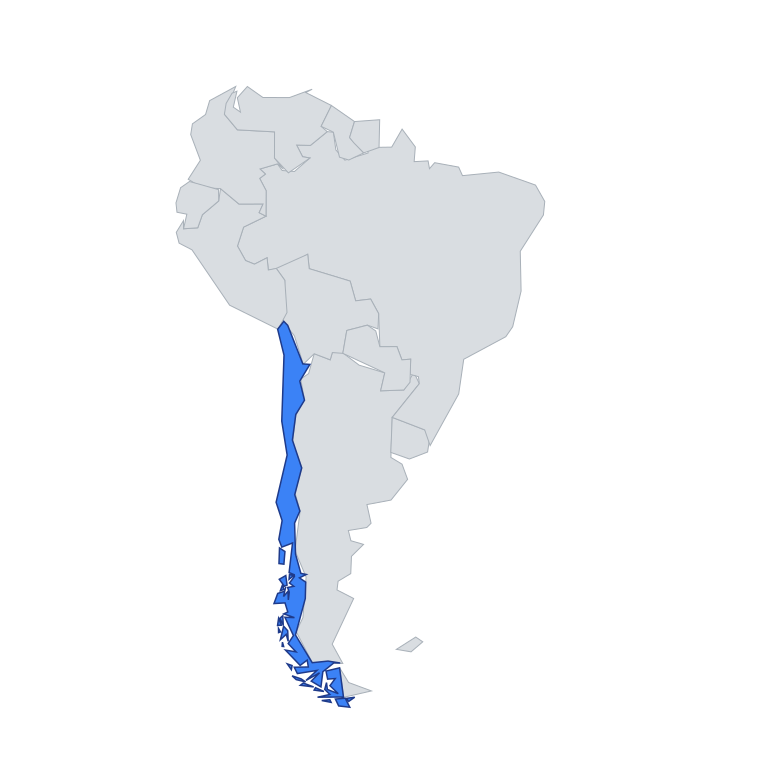 Chile highlighted on a map of South America, rotated 352°
{"feature_id": "CHL", "entity_name": "Chile", "entity_type": "country or territory", "adm_level": 0, "iso_a3": "CHL", "parent_name": "South America", "parent_adm1": "", "projection": "mercator", "projection_center": [-72.304, -36.699], "detail": "medium", "context": "in_parent", "style": "filled", "palette": "blue", "viewbox_px": 768, "rotation_deg": 352, "n_neighbors": 12, "source": "natural_earth", "source_scale": "50m", "svg_char_len": 5740}
<svg xmlns="http://www.w3.org/2000/svg" viewBox="0 0 768 768"><g transform="rotate(352 384 384)"><path d="M300.5,658.7L307.4,674.7L328.8,686.2L300.5,688.6L300.5,658.7ZM387.5,418.2L380.6,457.7L390.7,465.9L394.1,481.7L374.8,499.9L350.3,501.0L351.8,520.1L347.0,523.7L328.3,524.1L329.4,534.6L341.4,540.0L327.8,550.1L324.7,567.1L311.1,572.9L308.8,581.4L324.1,592.2L296.5,634.4L304.3,655.0L274.5,650.6L262.6,617.0L271.2,604.1L280.0,564.3L272.7,536.7L283.2,498.3L280.8,479.3L291.1,455.4L285.4,428.8L292.4,402.3L303.1,388.4L302.2,367.5L310.8,363.2L319.1,344.3L334.1,352.6L337.2,345.7L346.2,346.1L362.0,361.9L386.3,373.1L379.7,390.3L402.8,392.7L415.2,376.4L419.0,388.6L387.5,418.2Z" fill="#d9dde1" stroke="#a8b0b8" stroke-width="1"/><path d="M359.3,648.5L380.2,639.0L386.5,644.7L373.5,653.0L359.3,648.5Z" fill="#d9dde1" stroke="#a8b0b8" stroke-width="1"/><path d="M387.5,418.2L417.9,435.1L422.4,441.5L417.7,457.4L398.7,461.8L381.2,452.7L387.5,418.2Z" fill="#d9dde1" stroke="#a8b0b8" stroke-width="1"/><path d="M421.1,451.4L417.9,435.1L387.5,418.2L419.0,388.6L419.1,381.5L411.2,378.1L413.9,363.1L405.1,362.6L402.0,348.8L385.1,346.5L388.5,313.6L382.6,298.0L367.5,297.7L364.8,277.4L326.0,259.4L326.5,244.9L303.3,255.0L285.3,255.0L285.8,242.7L272.4,247.3L264.1,242.5L258.1,227.0L266.8,209.1L290.5,201.4L294.2,176.2L289.5,163.1L295.8,159.6L291.1,153.8L309.1,151.2L312.9,158.4L324.9,161.1L342.1,149.9L335.0,147.6L330.7,135.2L344.3,137.5L362.9,126.2L368.9,127.6L368.9,145.5L376.4,156.9L400.4,153.0L400.6,147.5L424.6,150.5L437.4,134.1L448.0,153.6L444.8,168.0L458.7,169.2L459.0,177.1L465.0,171.9L488.1,179.6L490.7,188.6L527.1,190.1L561.7,208.1L568.6,225.6L565.4,238.8L537.4,271.5L532.7,311.0L519.4,345.2L511.2,354.1L466.4,370.6L456.6,404.2L421.1,451.4Z" fill="#d9dde1" stroke="#a8b0b8" stroke-width="1"/><path d="M293.4,254.5L326.5,244.9L326.0,259.4L364.8,277.4L367.5,297.7L382.6,298.0L388.5,313.6L385.7,328.6L375.7,323.4L354.6,325.8L347.5,347.9L337.2,345.7L334.1,352.6L319.1,344.3L306.8,353.2L302.0,323.8L292.9,308.6L300.2,267.5L293.4,254.5Z" fill="#d9dde1" stroke="#a8b0b8" stroke-width="1"/><path d="M290.5,201.4L266.8,209.1L258.1,227.0L264.1,242.5L272.4,247.3L285.8,242.7L285.3,255.0L293.4,254.5L300.2,267.5L297.9,299.7L286.7,315.0L242.1,284.5L212.5,224.4L200.7,216.0L199.4,204.9L208.2,194.3L207.1,202.4L221.3,203.4L227.7,191.1L245.8,179.7L249.3,167.8L265.4,185.6L289.3,188.9L284.2,197.0L290.5,201.4Z" fill="#d9dde1" stroke="#a8b0b8" stroke-width="1"/><path d="M314.4,157.4L309.1,151.2L291.1,153.8L295.8,159.6L289.5,163.1L294.2,176.2L290.5,201.4L284.2,197.0L289.3,188.9L265.4,185.6L249.3,167.8L230.9,164.2L218.6,154.0L233.3,136.9L227.3,110.1L230.5,99.7L244.8,92.3L250.8,79.1L278.6,68.7L263.5,94.7L274.2,111.9L310.7,119.1L307.0,145.0L314.4,157.4Z" fill="#d9dde1" stroke="#a8b0b8" stroke-width="1"/><path d="M362.9,126.2L344.3,137.5L330.7,135.2L335.0,147.6L342.1,149.9L318.7,161.6L307.0,145.0L310.7,119.1L274.2,111.9L263.5,94.7L266.7,84.2L274.0,74.9L279.1,73.6L273.3,88.9L279.7,94.8L278.6,80.1L290.1,70.4L303.9,83.4L330.1,87.2L353.9,82.1L347.1,84.5L370.7,100.9L357.6,120.1L362.9,126.2Z" fill="#d9dde1" stroke="#a8b0b8" stroke-width="1"/><path d="M396.1,152.3L380.3,157.3L371.5,153.2L368.9,127.6L357.6,120.1L370.7,100.9L391.3,120.0L384.2,135.2L396.1,152.3Z" fill="#d9dde1" stroke="#a8b0b8" stroke-width="1"/><path d="M412.0,149.1L396.1,152.3L387.7,141.0L384.2,135.2L391.3,120.0L416.5,121.7L412.0,149.1Z" fill="#d9dde1" stroke="#a8b0b8" stroke-width="1"/><path d="M247.2,168.5L245.8,179.7L227.7,191.1L221.3,203.4L207.1,202.4L212.4,188.4L202.9,185.1L203.2,175.7L209.9,161.3L219.6,156.4L247.2,168.5Z" fill="#d9dde1" stroke="#a8b0b8" stroke-width="1"/><path d="M383.2,330.3L385.1,346.5L402.0,348.8L405.1,362.6L413.9,363.1L410.0,385.9L402.8,392.7L379.7,390.3L386.3,373.1L347.5,347.9L354.6,325.8L375.7,323.4L383.2,330.3Z" fill="#d9dde1" stroke="#a8b0b8" stroke-width="1"/><path d="M286.3,315.0L293.5,308.0L296.8,312.5L306.4,352.8L313.3,354.3L301.0,369.4L303.0,389.0L292.4,401.9L285.5,426.8L290.8,455.7L280.2,481.2L283.0,498.1L276.1,509.3L272.7,540.2L275.3,559.9L280.5,561.8L273.3,564.2L278.9,569.3L276.2,585.5L261.4,620.2L274.1,650.0L290.0,650.6L301.8,654.2L295.7,653.1L283.4,660.4L279.4,675.2L270.6,668.1L280.0,661.0L265.5,666.7L277.7,658.3L257.9,658.7L255.7,652.0L269.7,653.7L269.5,646.7L261.8,651.0L249.4,633.8L259.6,637.0L253.0,627.7L259.3,620.5L253.4,601.2L262.8,602.9L252.8,597.7L257.0,596.4L255.5,587.0L244.5,586.1L249.6,576.6L256.8,575.4L258.4,571.3L254.9,580.5L260.1,575.9L259.2,584.5L261.2,576.9L260.2,572.1L266.5,571.8L262.7,567.9L268.5,562.2L268.6,560.4L263.8,557.5L271.3,528.7L260.1,531.3L258.2,523.2L264.1,505.1L260.7,486.1L278.2,440.9L277.6,406.5L289.0,341.5L286.3,315.0ZM300.5,658.9L300.3,688.3L274.6,684.9L287.2,683.9L282.8,678.2L285.5,671.7L285.4,678.6L295.6,684.3L288.5,675.2L294.7,668.9L287.1,668.4L286.6,660.2L300.5,658.9ZM259.8,548.5L255.0,547.2L257.7,531.8L262.6,536.1L259.8,548.5ZM254.3,614.9L253.3,625.4L252.3,618.3L245.8,622.8L250.9,609.9L254.3,614.9ZM292.0,689.2L301.9,689.8L305.1,699.3L294.3,696.5L292.0,689.2ZM260.1,560.0L260.0,569.7L257.2,570.4L253.1,562.8L260.1,560.0ZM262.4,668.9L272.2,674.2L259.2,670.7L262.4,668.9ZM273.9,675.2L281.7,680.1L272.2,677.4L273.9,675.2ZM311.4,690.1L304.9,693.4L303.1,690.1L311.4,690.1ZM251.5,599.4L250.7,608.6L248.2,601.5L251.5,599.4ZM248.9,608.6L245.0,608.2L247.0,601.4L248.9,608.6ZM267.7,561.2L262.8,564.2L263.9,559.5L267.7,561.2ZM249.3,647.7L253.8,650.0L252.5,654.0L249.3,647.7ZM252.4,660.2L260.8,664.4L264.9,668.1L255.9,664.5L252.4,660.2ZM256.2,573.6L252.6,574.2L255.6,568.7L256.2,573.6ZM278.3,688.8L286.4,689.1L287.3,691.9L278.3,688.8ZM245.5,611.4L247.0,615.1L245.0,615.5L245.5,611.4ZM247.5,625.5L248.1,630.0L246.6,629.6L247.5,625.5Z" fill="#3b82f6" stroke="#1e3a8a" stroke-width="1.5"/></g></svg>